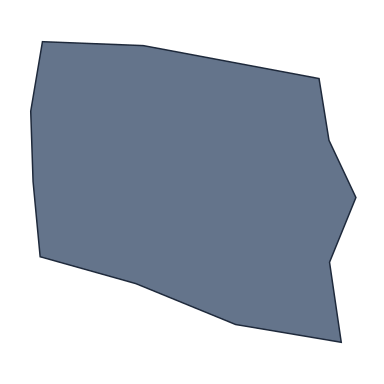 SVG path tracing the border of Dennery, rotated 272°
{"feature_id": "LCA-5080", "entity_name": "Dennery", "entity_type": "Quarter", "adm_level": 1, "iso_a3": "LCA", "parent_name": "Saint Lucia", "parent_adm1": "", "projection": "mercator", "projection_center": [-60.918, 13.94], "detail": "fine", "context": "isolated", "style": "filled", "palette": "slate", "viewbox_px": 384, "rotation_deg": 272, "n_neighbors": 0, "source": "natural_earth", "source_scale": "10m", "svg_char_len": 319}
<svg xmlns="http://www.w3.org/2000/svg" viewBox="0 0 384 384"><g transform="rotate(272 192 192)"><path d="M337.0,37.3L336.6,138.2L309.8,315.0L248.4,327.1L192.2,356.0L126.6,331.9L47.0,346.4L61.1,240.2L98.5,139.0L122.0,42.5L196.9,32.8L267.1,28.0L337.0,37.3Z" fill="#64748b" stroke="#1e293b" stroke-width="1.5"/></g></svg>